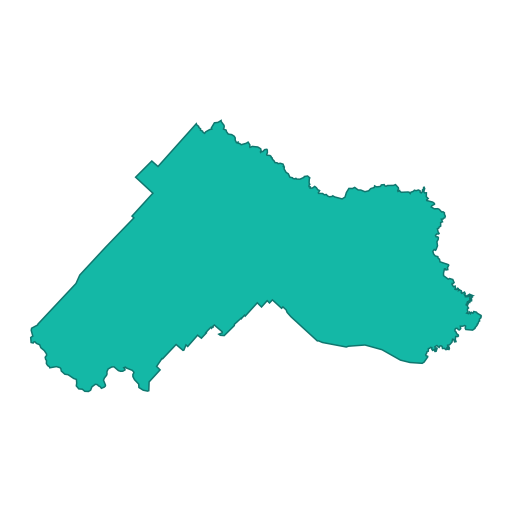 the district of Chascomús, Buenos Aires, Argentina
{"feature_id": "61730980B62875315745131", "entity_name": "Chascomús", "entity_type": "district", "adm_level": 2, "iso_a3": "ARG", "parent_name": "Argentina", "parent_adm1": "Buenos Aires", "projection": "orthographic", "projection_center": [-57.761, -35.598], "detail": "fine", "context": "isolated", "style": "filled", "palette": "teal", "viewbox_px": 512, "rotation_deg": 0, "n_neighbors": 0, "source": "geoboundaries", "source_scale": "gbopen_adm2", "svg_char_len": 6088}
<svg xmlns="http://www.w3.org/2000/svg" viewBox="0 0 512 512"><path d="M299.9,179.2L296.7,179.1L295.9,178.3L294.9,178.9L293.0,178.5L292.4,177.7L289.9,177.2L288.3,173.8L286.1,172.4L284.1,168.9L284.3,167.0L283.4,166.6L283.8,166.0L283.0,164.1L280.4,163.3L278.0,163.6L277.1,162.8L275.0,162.6L273.9,160.6L272.4,159.3L272.3,158.0L271.3,157.6L271.1,156.4L269.9,155.5L267.0,155.2L266.7,154.4L267.4,152.6L267.3,150.0L266.8,149.3L264.7,149.6L262.8,151.5L261.4,151.6L260.7,152.4L260.4,151.9L261.1,150.8L260.7,148.8L257.8,147.0L252.3,146.4L250.0,147.4L249.7,146.7L249.9,145.0L248.1,142.1L246.2,143.3L241.2,144.7L239.6,143.5L238.1,143.3L238.1,142.1L236.5,142.7L235.2,140.1L235.2,137.9L234.3,136.3L231.7,134.6L228.3,134.1L226.5,131.7L226.1,130.1L223.5,129.1L224.2,126.9L224.0,125.3L221.2,121.6L221.1,120.5L218.0,122.4L214.4,122.8L211.3,128.0L211.8,129.1L209.6,129.6L205.6,131.9L204.6,133.3L203.1,132.4L202.5,131.1L200.5,130.2L200.6,128.9L198.8,127.4L198.7,126.4L196.7,124.8L196.3,123.7L158.0,166.5L151.8,161.0L135.6,177.2L152.9,193.2L132.0,216.1L133.9,217.9L105.7,247.1L79.8,275.0L76.0,283.5L38.0,324.0L37.6,325.0L31.6,328.2L31.2,330.3L32.8,336.1L30.7,337.5L31.1,342.5L33.2,343.0L33.8,342.0L34.8,341.7L36.5,343.4L39.7,344.8L40.8,347.7L44.3,350.6L46.5,353.9L46.6,355.4L45.2,357.2L45.6,359.3L46.5,360.5L46.4,363.6L47.7,365.6L49.4,366.7L49.8,367.8L56.4,366.6L60.0,367.7L60.8,368.6L61.3,371.0L64.8,374.2L68.1,374.7L73.7,378.5L76.4,379.4L76.7,383.1L76.3,385.9L78.8,388.9L82.3,389.2L84.8,391.3L88.4,391.5L90.6,390.2L91.9,386.9L95.3,384.3L97.3,384.6L98.5,385.9L100.1,386.6L101.4,388.3L104.3,387.1L105.3,386.1L105.5,385.2L103.5,380.2L104.4,378.0L106.5,375.4L107.0,374.0L106.9,371.7L108.2,368.9L111.7,367.0L114.0,366.8L118.4,370.6L120.6,371.3L122.8,371.2L125.0,369.9L124.9,369.0L123.8,367.7L125.4,367.1L126.6,368.1L132.2,370.3L133.6,371.8L133.9,372.7L132.9,374.4L132.9,376.6L134.5,379.7L138.7,384.1L138.9,387.5L143.2,390.2L147.5,391.1L148.8,390.7L149.1,381.9L160.1,369.9L156.6,366.4L162.0,358.5L162.6,358.8L176.1,344.5L183.0,350.4L183.9,350.1L186.0,344.9L187.7,346.5L197.6,335.2L201.4,338.2L206.3,333.0L205.8,332.7L207.7,330.5L211.0,327.2L211.5,328.0L211.7,327.5L212.7,327.5L213.2,327.0L212.8,326.4L214.3,325.0L222.2,331.8L222.2,332.8L218.8,334.2L220.3,335.3L224.2,335.6L234.3,325.6L234.4,324.3L241.1,318.2L241.3,318.7L244.5,315.2L245.2,316.1L257.3,302.8L261.5,307.0L267.2,300.7L269.5,303.0L272.4,299.9L281.6,308.3L282.9,306.9L286.1,309.8L287.1,312.4L290.9,316.7L317.3,340.9L318.4,340.8L322.5,342.5L346.3,347.0L348.5,346.2L365.0,345.0L382.0,349.7L400.4,360.1L410.0,362.5L422.2,363.3L424.1,362.1L427.7,357.0L427.7,356.3L426.0,355.7L425.7,354.7L426.6,353.3L426.8,351.9L428.3,351.2L428.4,348.6L429.9,348.2L430.5,347.4L431.8,347.6L431.8,349.3L432.6,350.4L435.2,348.9L435.7,349.1L434.5,350.7L435.0,351.5L436.1,351.3L437.1,348.4L436.8,347.9L435.4,348.1L434.8,346.8L436.9,345.5L439.1,347.4L440.2,345.8L441.1,345.8L442.1,346.5L442.5,348.5L444.5,348.4L445.7,349.6L446.6,349.5L446.9,347.7L447.7,347.4L447.8,349.3L449.0,349.5L449.4,348.6L449.1,347.0L447.6,346.1L447.6,345.2L449.5,344.9L452.0,342.1L452.5,339.2L453.6,339.4L454.6,341.9L456.0,341.6L455.3,339.4L455.7,336.5L457.8,336.6L458.4,336.0L458.3,335.0L456.5,333.5L456.1,332.1L455.1,331.2L454.9,329.8L455.5,328.5L457.1,328.3L458.4,329.7L459.5,329.9L460.7,328.6L460.3,326.2L462.7,326.2L464.6,325.5L465.6,326.1L465.2,328.2L465.8,329.5L472.6,330.1L475.0,328.4L474.9,327.9L477.1,325.3L477.3,324.0L477.9,323.9L478.8,321.3L479.6,321.0L479.4,319.1L481.0,317.7L480.7,316.9L481.3,316.1L481.0,315.4L477.3,313.3L476.5,312.2L473.8,311.5L472.9,313.2L471.3,312.3L470.5,313.6L469.6,312.1L468.6,313.7L466.7,313.1L468.0,311.7L467.4,310.4L467.4,309.0L468.5,308.0L467.6,306.9L467.5,305.6L466.2,305.0L466.2,304.3L468.1,304.1L468.2,303.6L467.1,302.9L467.5,301.7L468.3,301.6L468.7,302.7L469.7,302.5L469.0,300.9L469.7,300.1L470.2,300.1L470.7,301.1L471.6,300.8L471.6,300.0L470.3,299.8L469.8,298.5L471.5,298.9L471.3,297.5L472.2,297.1L471.6,296.3L473.0,295.7L469.5,294.2L468.8,294.9L470.3,295.4L469.9,296.8L469.2,296.7L468.1,295.1L467.7,295.4L468.1,296.0L467.3,296.7L465.6,296.7L466.2,294.9L465.4,295.9L464.9,295.7L464.3,294.4L465.2,293.7L464.5,292.1L461.9,293.4L461.2,292.7L461.6,292.0L461.3,290.8L459.8,290.1L458.7,290.5L459.1,289.6L458.0,289.5L458.2,288.5L457.5,288.2L456.3,289.6L455.0,289.3L455.4,287.9L455.1,286.1L453.5,286.7L452.0,284.4L452.2,283.4L452.9,283.7L454.1,282.6L452.8,279.5L449.5,278.5L448.3,279.2L443.6,275.7L443.5,273.1L444.5,268.8L445.3,268.8L445.9,270.0L447.8,269.6L447.5,267.6L448.7,265.3L448.5,264.7L440.0,261.8L439.5,259.3L438.0,257.9L437.8,256.6L435.3,256.0L433.7,254.2L432.8,251.4L434.2,249.5L435.4,250.3L436.0,249.7L437.5,245.8L436.9,241.7L438.1,239.6L438.4,237.8L437.8,236.9L436.1,236.8L435.5,235.6L436.6,234.0L438.5,234.0L439.1,233.5L438.0,231.7L437.4,228.7L438.7,228.2L439.1,227.1L440.7,226.1L440.6,222.5L442.5,221.8L441.4,219.2L443.0,219.1L443.4,218.3L444.8,217.8L445.3,216.2L444.4,214.1L444.4,212.8L443.1,211.8L441.6,211.9L439.3,209.4L437.8,208.7L434.3,208.8L431.2,207.0L431.9,205.7L434.5,204.3L434.4,203.4L432.7,202.1L426.7,200.5L426.6,199.9L428.2,198.5L426.3,196.7L426.4,192.8L424.5,192.8L423.8,191.5L424.7,188.6L424.1,187.2L423.6,187.4L423.5,189.0L422.5,189.9L422.4,191.7L421.2,192.9L420.2,192.3L420.1,190.8L418.4,190.0L416.1,190.7L414.4,190.2L413.4,191.3L410.9,192.2L410.2,193.5L409.3,192.3L408.1,192.0L401.3,192.3L399.9,191.4L399.6,190.5L398.0,191.4L397.7,190.6L398.5,188.8L398.3,187.7L395.5,184.6L393.5,185.4L387.5,185.5L386.0,186.3L384.7,185.7L384.2,184.6L381.3,184.9L380.5,186.4L377.6,186.8L376.3,186.8L374.6,185.9L374.3,187.5L370.7,188.6L368.7,190.8L364.9,191.7L360.7,190.0L358.2,190.0L354.7,187.4L352.5,188.5L348.9,188.4L346.4,192.5L345.0,197.1L342.1,198.9L334.6,196.9L332.8,195.8L332.2,196.4L329.5,196.8L327.6,196.0L326.3,194.5L324.3,194.8L322.6,193.5L318.6,193.4L318.3,192.8L319.6,190.6L317.7,189.7L316.4,187.7L314.7,186.4L312.5,188.0L310.2,188.2L310.3,186.9L309.1,186.7L309.0,186.1L309.1,185.0L309.8,184.4L309.1,182.9L309.3,179.0L309.8,177.9L307.6,176.0L304.3,176.5L303.9,177.4L299.9,179.2Z" fill="#14b8a6" stroke="#0f766e" stroke-width="1.5"/></svg>